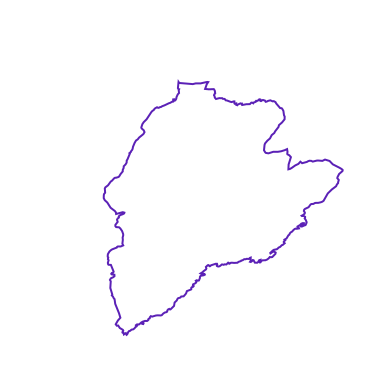 outline of Guavatá, Santander, Colombia, rotated 236°
{"feature_id": "7082276B43213471639741", "entity_name": "Guavatá", "entity_type": "district", "adm_level": 2, "iso_a3": "COL", "parent_name": "Colombia", "parent_adm1": "Santander", "projection": "equal_earth", "projection_center": [-73.726, 5.947], "detail": "fine", "context": "isolated", "style": "outline", "palette": "violet", "viewbox_px": 384, "rotation_deg": 236, "n_neighbors": 0, "source": "geoboundaries", "source_scale": "gbopen_adm2", "svg_char_len": 6046}
<svg xmlns="http://www.w3.org/2000/svg" viewBox="0 0 384 384"><g transform="rotate(236 192 192)"><path d="M94.0,216.5L94.1,218.4L94.6,220.1L93.8,220.9L93.2,222.2L94.1,226.6L95.0,227.5L96.3,226.9L97.2,225.9L97.2,222.7L97.7,222.8L98.3,226.2L98.3,227.5L97.1,230.4L97.2,231.6L97.5,232.7L97.2,234.4L97.7,236.7L97.4,237.5L97.7,240.2L99.1,240.0L99.6,240.4L99.8,242.2L100.8,242.1L100.6,244.3L102.2,247.7L102.2,248.8L103.0,250.0L103.3,251.4L103.2,252.8L103.8,255.1L103.9,256.6L103.6,257.6L102.9,258.3L102.0,260.3L102.5,260.4L103.8,259.8L104.4,260.1L104.2,263.7L104.5,264.1L104.6,265.0L104.2,266.6L103.5,267.4L103.1,266.9L102.9,265.7L103.0,263.1L102.7,262.9L102.3,263.2L101.8,264.2L101.6,265.8L101.1,267.6L102.0,269.2L102.9,270.2L105.4,270.7L107.0,270.6L107.5,271.4L108.2,271.9L109.8,271.1L110.6,269.7L111.0,269.6L110.8,271.6L111.1,273.4L111.9,274.1L113.7,274.1L114.6,275.1L114.8,276.3L114.2,280.1L115.3,283.2L115.3,284.2L114.2,286.1L114.2,287.4L113.8,288.5L112.5,290.4L111.5,292.9L111.1,294.5L111.1,296.1L114.9,303.8L115.9,309.4L116.2,314.7L117.2,316.3L117.7,318.1L118.3,318.5L119.9,320.4L122.3,320.2L123.0,321.0L124.7,324.1L125.2,328.4L125.9,329.2L127.4,328.9L129.7,327.8L136.2,324.2L140.8,323.4L144.5,320.4L144.9,317.5L147.7,314.0L148.3,312.9L149.7,309.1L151.1,308.3L152.2,306.9L152.6,305.5L152.7,304.0L154.3,299.4L156.5,298.8L155.8,295.9L156.3,292.5L156.2,288.2L156.3,286.3L156.9,284.6L160.8,287.5L165.6,293.5L168.0,293.2L169.9,292.2L170.8,292.6L171.8,293.6L174.4,294.8L174.8,292.4L175.9,288.7L177.4,285.5L179.9,281.8L181.3,277.0L183.1,275.1L183.9,274.9L186.3,275.0L190.5,278.5L191.4,279.7L192.4,283.2L192.8,286.6L194.6,289.9L194.9,293.2L195.8,294.8L197.5,300.0L198.8,301.5L199.3,305.5L200.5,309.4L202.7,311.0L204.2,311.2L208.1,313.1L210.1,313.3L211.3,313.2L212.3,312.0L218.4,311.3L219.8,311.5L221.6,310.6L222.0,309.6L224.2,308.2L225.0,306.0L225.2,304.4L225.6,303.5L227.0,303.6L228.6,302.3L228.9,301.4L228.7,300.7L228.8,300.0L229.2,299.7L230.4,300.4L230.9,300.1L231.2,299.6L231.2,299.1L230.7,298.7L231.1,297.6L231.1,296.4L231.7,296.1L231.6,295.5L231.2,295.0L231.7,293.0L231.3,292.4L232.6,291.7L232.9,291.1L232.5,289.1L234.4,286.1L236.1,282.2L236.7,282.2L237.4,282.8L238.0,281.9L238.4,281.7L238.9,278.8L238.6,278.1L239.5,277.4L240.7,278.2L241.2,276.8L241.7,276.7L243.4,277.8L243.8,277.2L244.4,275.1L245.3,274.3L248.4,272.1L249.2,271.2L250.9,271.1L252.1,269.6L252.9,269.5L254.6,267.0L255.7,263.9L257.5,263.7L258.8,264.3L259.8,264.3L260.3,264.8L260.8,266.3L261.2,266.3L261.7,266.9L263.5,267.6L265.1,267.6L267.7,263.4L270.1,260.5L273.1,264.5L274.1,266.9L274.5,266.5L275.1,265.3L277.3,259.7L280.0,255.7L281.0,253.0L289.5,242.4L290.8,242.4L286.0,238.4L285.0,238.3L284.4,238.8L283.8,237.9L281.3,236.6L280.9,234.8L279.3,232.2L278.1,231.1L277.3,229.4L277.5,228.6L278.8,229.1L279.3,228.2L277.5,226.9L278.0,225.8L278.1,223.8L278.5,222.5L279.2,217.7L279.8,215.2L279.8,214.0L280.3,212.7L280.4,211.5L280.8,210.9L281.8,210.4L282.0,208.2L281.7,206.8L281.3,206.0L281.4,204.7L281.0,203.0L277.7,195.1L276.9,191.0L276.0,188.8L273.9,186.1L272.9,185.8L270.1,186.5L268.2,186.1L267.2,184.1L266.7,178.5L266.0,176.5L266.0,174.4L264.8,171.9L262.5,168.4L261.0,166.9L260.4,166.0L259.8,164.1L259.4,163.8L259.2,161.9L258.6,162.0L255.1,156.7L254.6,155.5L252.9,154.2L252.0,152.3L251.5,149.8L250.1,148.7L249.1,147.0L247.8,146.1L246.8,142.8L245.6,140.2L245.6,139.2L246.3,137.0L246.8,136.3L246.9,135.2L246.1,131.9L246.1,130.5L244.5,126.1L244.3,122.8L243.7,121.7L240.0,119.6L239.5,118.0L238.8,117.2L236.3,115.4L234.0,115.1L230.6,115.9L224.5,115.7L219.4,117.4L217.6,117.5L216.2,116.8L214.0,123.3L212.7,124.4L212.2,123.8L212.3,122.2L212.9,119.9L212.9,118.3L212.7,117.6L211.7,117.1L211.6,115.5L210.9,114.3L208.8,113.7L207.6,110.1L206.6,109.4L205.3,109.5L203.5,111.8L201.8,112.2L198.7,112.2L195.6,111.4L194.5,110.7L193.0,109.0L191.0,107.9L188.1,105.4L186.2,105.1L186.7,102.5L188.3,100.1L188.4,99.2L188.0,98.6L189.1,93.7L189.1,92.1L188.8,90.2L188.1,88.7L187.5,87.5L186.3,86.5L185.4,85.9L184.6,86.0L183.3,84.7L182.1,84.7L180.3,82.6L179.1,82.1L178.4,82.1L176.9,84.0L169.8,82.5L169.3,81.7L169.7,80.3L169.3,79.3L168.4,79.5L166.8,81.4L165.6,80.7L165.4,79.2L165.8,76.4L165.0,74.8L163.4,74.7L158.1,70.6L151.6,68.6L151.1,67.7L149.7,68.0L147.4,67.7L146.5,67.9L142.2,65.8L132.3,63.7L127.8,62.3L126.9,58.7L125.0,54.8L123.2,54.9L122.6,56.1L119.6,56.1L116.4,57.6L115.5,57.5L114.7,55.9L114.1,55.8L113.5,56.5L112.0,55.9L112.0,58.2L110.2,57.9L110.2,58.6L111.6,60.9L111.9,62.0L111.5,63.0L111.7,64.9L111.0,66.5L111.1,68.0L111.6,69.6L111.6,70.9L111.9,71.7L112.4,70.8L112.9,70.9L113.0,72.3L111.8,74.2L112.2,77.1L112.1,78.0L110.5,77.0L109.8,77.7L110.2,78.4L111.7,78.7L111.8,79.5L111.4,81.0L110.2,82.6L110.2,83.5L110.3,84.2L110.9,84.5L111.1,85.2L110.9,86.3L111.7,87.0L112.1,88.5L111.0,89.2L109.8,93.0L109.0,94.5L107.1,97.1L106.8,98.1L107.3,100.1L107.3,102.0L106.7,103.6L106.7,104.5L107.6,105.3L108.0,106.7L107.8,107.8L107.0,108.0L106.7,108.5L107.6,113.4L110.1,115.8L110.6,118.7L111.5,120.2L111.7,121.1L111.0,123.3L111.4,124.6L110.2,126.7L110.9,129.5L111.5,130.8L112.7,132.3L111.7,136.7L111.9,137.2L112.9,137.7L113.2,138.5L112.8,139.9L113.1,140.8L114.1,140.5L114.8,141.2L114.5,143.5L114.6,144.7L115.1,145.5L116.3,145.5L116.3,146.4L115.0,147.7L114.8,148.3L116.2,150.4L117.2,151.1L117.7,152.3L116.4,155.2L116.3,156.4L117.1,156.5L118.7,154.2L119.7,153.6L119.6,156.2L119.9,157.2L120.0,160.3L120.5,161.1L122.1,161.6L122.5,164.1L122.1,164.9L120.7,165.0L120.4,165.5L120.6,166.8L119.2,171.6L118.5,172.6L117.8,172.4L117.1,171.3L116.6,171.3L115.6,172.0L115.2,172.8L115.0,173.6L115.2,176.4L113.9,177.6L113.9,178.4L112.7,180.0L113.2,182.5L112.6,182.9L111.7,182.8L111.5,183.9L111.6,184.6L111.1,185.5L109.7,187.2L107.9,190.2L108.1,191.4L107.4,193.9L107.6,194.5L107.1,195.8L107.1,197.7L106.3,198.8L106.0,200.0L104.7,201.7L105.0,203.2L104.8,204.0L103.2,202.8L102.4,202.7L101.7,201.1L101.1,201.6L101.1,203.1L101.6,204.3L101.0,204.9L98.3,204.6L96.9,206.5L96.9,207.4L97.9,209.6L97.5,210.8L96.9,210.2L96.4,208.8L95.7,208.8L95.4,209.4L96.0,210.9L95.9,212.3L94.4,214.6L94.0,216.5Z" fill="none" stroke="#5b21b6" stroke-width="2"/></g></svg>